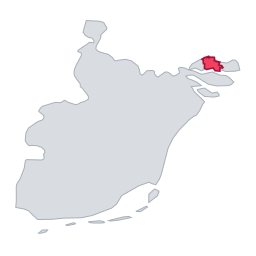 location of Terneuzen, Zeeland, Netherlands, rotated 181°
{"feature_id": "6326949B16829541191970", "entity_name": "Terneuzen", "entity_type": "district", "adm_level": 2, "iso_a3": "NLD", "parent_name": "Netherlands", "parent_adm1": "Zeeland", "projection": "natural_earth1", "projection_center": [3.831, 51.299], "detail": "fine", "context": "in_parent", "style": "filled", "palette": "rose", "viewbox_px": 256, "rotation_deg": 181, "n_neighbors": 0, "source": "geoboundaries", "source_scale": "gbopen_adm2", "svg_char_len": 4990}
<svg xmlns="http://www.w3.org/2000/svg" viewBox="0 0 256 256"><g transform="rotate(181 128 128)"><path d="M171.6,234.7L165.6,234.5L160.1,234.4L157.1,234.0L154.0,232.9L152.6,230.5L150.8,227.7L151.3,226.0L156.4,221.1L157.2,219.7L156.6,219.0L157.2,216.9L161.1,209.6L161.6,206.6L159.8,204.6L157.2,203.4L148.8,201.2L144.8,198.2L142.9,195.5L141.1,194.8L138.3,195.7L131.4,196.6L125.8,195.2L119.1,190.2L117.5,185.7L116.7,182.2L115.0,181.0L112.8,182.8L110.0,185.6L104.4,185.9L102.8,185.3L102.5,183.7L102.2,182.3L100.6,180.4L99.0,179.4L91.9,184.6L89.3,184.6L86.0,182.6L84.3,180.6L80.7,181.7L77.4,184.1L78.6,188.6L76.8,189.5L72.8,189.1L68.2,187.2L63.1,186.1L55.4,183.0L44.7,185.5L37.2,182.5L31.0,182.2L27.1,179.8L23.0,175.7L25.9,173.0L28.8,172.1L40.1,171.6L48.4,173.2L63.3,182.0L67.0,182.0L71.0,180.9L68.9,178.5L65.2,177.3L59.7,174.9L55.3,171.6L65.6,170.5L64.2,168.8L62.8,165.9L51.9,155.6L53.8,152.9L56.5,146.9L59.9,142.0L62.6,140.7L67.1,137.2L76.8,126.9L82.9,118.6L87.5,108.7L94.1,81.5L96.0,76.9L99.2,71.8L103.3,72.8L106.1,74.2L116.1,70.4L133.1,60.3L138.1,51.7L143.0,47.6L162.6,39.8L173.4,37.4L190.1,36.8L202.2,35.4L216.7,34.9L222.3,39.8L225.6,43.3L230.8,45.3L238.8,46.6L238.4,53.6L238.7,67.5L238.2,70.0L234.7,75.8L231.0,86.3L230.1,93.3L229.0,94.6L213.7,94.5L211.5,95.7L211.2,97.2L212.0,99.0L211.7,100.8L210.5,102.2L211.2,104.5L213.9,107.1L218.7,108.7L223.9,108.9L226.6,108.6L228.6,110.5L230.5,113.3L230.4,117.0L229.8,121.8L227.4,126.3L220.4,131.5L217.3,133.3L214.3,134.2L212.9,135.6L212.2,137.3L212.4,138.9L217.5,143.0L217.4,144.0L216.0,146.1L214.1,148.2L201.1,152.4L195.7,152.1L192.7,154.2L191.7,154.6L188.3,152.6L180.7,150.4L177.9,151.2L176.3,152.4L171.5,153.9L168.1,156.2L168.2,159.2L174.3,167.0L176.4,168.5L176.6,171.4L179.5,175.0L182.6,179.6L183.0,182.5L182.6,185.4L181.1,189.6L176.0,199.3L175.9,201.2L176.4,202.6L178.2,203.0L179.6,203.7L179.2,205.0L169.4,211.8L168.2,213.0L164.0,212.6L163.4,213.8L164.0,215.6L165.6,217.2L169.1,218.0L172.2,219.8L174.6,223.1L171.6,234.7ZM68.2,187.2L67.3,190.0L65.1,193.1L57.4,197.6L49.3,200.5L45.2,200.2L42.3,198.6L40.8,197.0L36.5,195.5L30.6,194.7L26.9,196.4L24.3,197.9L22.0,197.7L20.3,196.4L18.9,194.3L17.2,187.9L21.6,186.7L31.1,186.2L38.5,188.5L48.2,189.6L55.7,186.5L61.5,189.1L68.2,187.2ZM52.1,160.9L57.7,165.0L58.9,166.3L59.4,167.7L52.2,169.3L44.5,164.3L39.4,165.5L37.5,163.1L37.5,161.6L42.8,160.4L52.1,160.9ZM106.0,62.2L100.3,67.5L96.8,66.0L95.8,64.8L97.5,60.7L105.9,53.9L106.0,62.2ZM131.1,39.0L125.8,39.6L123.3,38.6L136.2,35.6L144.4,34.7L145.8,35.1L131.1,39.0ZM165.7,33.6L154.4,34.8L150.6,33.9L149.9,33.0L153.0,32.5L162.7,32.4L165.7,33.2L165.7,33.6ZM118.7,44.7L108.1,50.2L107.1,49.3L114.0,44.6L118.7,44.7ZM211.9,24.5L206.6,24.7L208.0,22.8L213.0,21.3L215.6,21.3L211.9,24.5ZM188.9,29.8L180.9,32.3L178.9,31.8L179.4,31.0L186.5,29.5L188.9,29.8Z" fill="#d9dde1" stroke="#a8b0b8" stroke-width="1"/><path d="M42.0,186.8L37.1,186.4L37.2,188.9L37.2,189.7L36.9,189.5L36.6,189.5L35.2,189.8L35.1,190.0L34.9,190.0L34.7,190.0L34.6,189.9L34.6,190.5L34.3,190.5L34.8,191.2L34.9,191.3L35.1,191.2L35.2,191.8L35.5,191.8L35.6,192.2L35.8,192.2L36.4,192.1L36.6,192.1L36.8,192.0L37.0,192.1L37.3,192.2L37.7,192.3L37.8,192.3L38.1,192.4L38.3,192.5L37.8,192.9L38.0,193.1L37.8,193.4L37.8,193.5L37.9,193.9L37.9,194.2L37.9,194.4L38.0,194.5L37.9,194.5L37.7,194.6L37.5,194.8L37.5,195.0L37.5,194.9L37.2,195.4L37.5,195.5L37.9,195.6L38.1,195.7L38.3,195.7L38.5,195.7L38.7,195.8L38.7,195.7L38.9,195.6L39.1,195.6L39.4,195.7L39.8,195.8L40.0,195.8L40.3,195.9L40.5,195.9L40.8,195.9L41.0,196.2L41.0,196.3L41.2,196.5L41.6,196.6L41.8,196.5L41.9,196.3L42.1,196.4L42.5,196.7L43.1,196.9L43.0,197.1L42.8,197.7L42.7,198.3L42.7,199.1L42.7,199.4L42.8,199.4L42.8,199.6L42.8,199.8L42.8,200.0L43.0,200.1L43.3,200.2L43.3,200.3L43.5,200.3L43.6,200.1L43.8,200.2L44.0,200.1L44.3,200.3L44.5,200.4L44.8,200.4L45.0,200.4L45.4,200.2L45.5,200.1L45.9,200.2L46.0,200.1L46.3,200.2L46.7,200.3L46.9,200.3L47.0,200.2L47.3,200.0L47.4,199.9L47.5,199.9L47.8,199.7L48.0,199.6L48.3,199.5L48.5,199.4L48.8,199.7L48.7,199.9L48.6,200.1L48.2,200.3L47.9,200.5L48.0,200.6L48.2,200.8L48.3,200.8L48.3,201.0L48.5,201.1L48.8,200.9L49.0,200.9L49.1,201.0L49.2,200.9L49.3,200.9L49.5,200.8L49.7,200.7L49.9,200.7L50.0,200.6L50.3,200.5L50.3,200.4L50.1,200.0L50.3,200.0L50.3,199.9L50.5,199.8L50.9,199.6L51.1,199.8L51.2,200.0L51.3,200.2L51.7,200.1L51.9,199.9L52.1,199.9L52.3,199.9L52.6,199.9L52.7,199.7L52.8,199.7L52.9,199.4L53.0,199.3L53.4,199.3L53.7,199.2L53.8,199.2L54.0,198.9L54.1,198.7L54.3,198.6L54.5,198.5L54.6,198.4L54.8,198.4L55.0,198.3L55.0,198.2L55.4,198.0L55.3,197.9L55.2,197.9L54.9,198.0L54.8,197.9L54.7,197.9L54.6,197.7L54.3,197.5L54.3,197.4L54.0,197.4L54.0,197.2L54.0,196.9L54.0,196.7L54.0,196.4L53.9,194.5L53.8,194.1L53.8,193.6L53.7,193.6L53.4,193.6L52.5,193.3L52.5,193.2L52.3,193.1L52.4,192.7L52.5,192.1L52.7,191.5L52.7,191.4L52.8,191.2L52.7,190.6L52.7,189.8L52.5,189.6L52.4,189.6L52.4,189.4L52.5,189.3L52.6,188.9L51.8,188.8L51.7,188.8L50.6,187.8L43.9,189.5L42.0,186.8Z" fill="#f43f5e" stroke="#9f1239" stroke-width="1.5"/></g></svg>